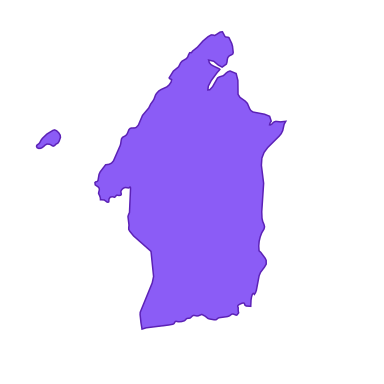 Johor, orthographic projection, rotated 242°
{"feature_id": "MYS-1143", "entity_name": "Johor", "entity_type": "State", "adm_level": 1, "iso_a3": "MYS", "parent_name": "Malaysia", "parent_adm1": "", "projection": "orthographic", "projection_center": [103.469, 2.081], "detail": "fine", "context": "isolated", "style": "filled", "palette": "violet", "viewbox_px": 384, "rotation_deg": 242, "n_neighbors": 0, "source": "natural_earth", "source_scale": "10m", "svg_char_len": 4132}
<svg xmlns="http://www.w3.org/2000/svg" viewBox="0 0 384 384"><g transform="rotate(242 192 192)"><path d="M228.1,107.5L229.8,108.3L232.0,108.7L234.5,108.8L235.3,109.3L237.4,111.2L238.9,111.8L240.3,111.6L243.7,109.9L245.9,110.7L246.2,111.7L245.8,113.0L246.2,114.3L251.2,118.2L252.9,120.4L256.6,128.5L255.4,131.8L255.3,134.5L256.3,137.2L266.8,150.5L268.1,151.7L271.2,154.0L272.2,154.9L272.9,156.4L272.9,159.3L273.2,160.9L274.1,162.5L276.7,165.6L277.2,167.3L276.9,168.6L275.5,171.4L275.2,173.1L276.2,176.0L282.9,184.3L286.5,193.3L289.1,196.9L290.8,200.4L291.8,202.0L294.8,205.4L295.7,207.0L296.8,210.1L297.0,212.9L296.6,219.1L297.3,222.1L298.9,225.2L300.9,226.8L302.6,225.4L303.5,225.4L307.5,232.3L308.8,238.9L311.4,242.6L312.2,244.7L312.4,249.6L313.2,251.6L314.9,253.5L316.1,255.4L315.3,256.9L316.2,258.8L317.3,264.8L320.2,272.6L321.6,279.1L321.7,282.7L320.7,284.3L319.5,285.6L320.0,291.9L319.2,294.1L313.8,294.1L313.1,294.5L311.6,296.6L310.9,297.1L304.5,296.8L301.7,296.2L295.9,293.9L294.8,292.9L294.6,291.5L294.7,288.8L293.9,286.7L292.2,285.2L290.3,283.9L288.8,282.4L288.1,277.2L291.9,274.7L297.2,272.6L300.7,268.6L298.0,268.0L295.5,268.6L293.1,270.1L288.3,273.7L287.2,274.2L286.7,273.2L285.8,270.6L281.3,261.2L277.9,256.2L274.7,253.9L273.9,255.7L275.3,259.6L280.7,268.1L280.8,270.1L280.0,274.1L280.4,276.0L281.0,278.0L281.3,280.2L281.0,282.4L275.9,286.6L269.0,284.9L256.6,278.5L253.0,278.8L247.2,281.7L244.2,282.5L238.5,282.0L236.3,282.2L234.0,283.4L226.6,292.6L222.4,296.1L217.3,295.2L217.0,294.5L216.0,293.0L214.9,292.0L214.4,292.7L214.5,294.3L215.2,296.4L215.3,297.6L215.0,299.2L212.4,303.0L210.4,308.0L208.6,305.2L203.6,300.9L201.6,298.1L200.4,295.2L195.7,279.7L193.1,274.2L189.1,269.6L183.0,265.8L166.0,259.3L141.8,244.3L136.0,241.5L132.8,240.6L129.5,240.3L127.2,239.7L125.5,238.2L123.2,234.4L120.4,231.2L117.0,228.2L113.0,225.6L108.6,223.6L106.3,224.4L99.2,225.5L96.8,225.4L93.5,223.7L91.7,220.8L88.9,214.8L86.6,212.0L74.9,202.6L73.3,200.8L72.3,199.0L73.5,198.8L73.7,198.3L73.4,197.7L73.2,197.1L71.4,195.3L68.9,193.4L63.5,190.2L65.9,186.3L67.3,185.6L68.9,185.9L69.4,185.8L69.9,185.2L70.3,184.0L70.5,181.1L70.4,179.9L70.1,179.1L69.8,178.8L69.3,178.6L68.2,178.5L67.7,178.3L67.0,177.8L64.8,176.8L63.8,176.6L63.4,176.4L63.2,176.0L62.8,175.1L62.4,174.3L62.3,173.8L62.5,173.2L64.9,171.1L65.1,170.7L65.4,170.1L65.4,169.1L65.3,168.4L65.1,167.3L65.1,166.8L65.1,166.2L65.4,164.7L68.2,157.1L68.4,156.1L68.3,155.5L68.0,154.0L67.9,153.5L68.2,152.6L68.9,151.4L71.8,147.7L72.9,146.7L76.2,145.3L79.3,143.2L79.7,139.5L80.2,138.2L81.9,136.1L82.3,135.4L82.4,134.7L82.4,134.2L82.0,132.9L81.6,131.2L81.8,130.5L82.5,128.8L82.7,128.1L82.5,126.9L82.2,126.3L82.0,125.5L81.9,124.8L82.2,123.2L82.5,121.9L83.4,119.9L83.8,119.1L84.3,118.4L85.2,117.4L85.4,117.0L85.4,116.4L85.0,115.5L84.3,114.4L84.2,113.5L84.3,112.8L85.5,109.0L93.6,87.8L94.4,83.5L100.6,85.6L108.1,88.6L110.1,89.8L130.4,114.2L135.4,118.4L158.0,127.6L158.7,127.8L159.2,127.8L180.6,119.8L186.7,118.6L188.7,118.6L190.4,119.5L192.3,120.8L200.3,123.9L201.0,124.5L202.2,125.8L203.0,126.9L203.3,127.2L223.8,139.3L225.0,139.8L225.5,139.6L225.4,139.0L225.3,138.4L225.3,138.1L225.4,137.8L225.7,137.4L227.2,135.4L227.3,134.9L227.5,134.4L227.5,133.4L227.5,132.8L227.3,131.9L227.0,131.1L226.6,130.3L225.9,129.5L225.4,129.2L225.0,129.1L223.7,128.7L223.3,128.5L222.9,128.2L222.7,127.8L222.7,127.6L222.7,127.3L222.8,127.0L223.1,126.1L223.4,125.6L224.3,124.5L224.4,124.3L224.5,124.0L224.5,123.7L223.8,121.9L223.7,121.3L223.8,120.9L224.2,120.6L224.7,120.1L224.9,119.9L225.3,119.2L225.4,118.8L225.7,117.9L225.8,117.4L225.7,117.1L225.4,116.5L225.1,116.0L224.8,115.5L224.4,115.2L224.1,114.9L222.9,114.3L222.7,114.1L222.3,113.7L222.4,113.1L222.9,112.3L226.1,110.8L226.3,110.5L227.6,108.5L228.1,107.5ZM311.3,91.1L311.7,98.2L311.3,99.9L309.6,101.2L306.9,102.1L304.1,102.3L302.0,101.5L299.3,98.6L298.2,96.8L298.1,95.6L298.2,94.8L297.5,92.4L297.6,91.1L298.3,90.4L300.1,89.4L301.0,88.7L302.4,86.5L302.4,84.4L301.8,82.3L301.5,79.9L301.8,78.4L302.6,76.9L303.9,76.0L305.4,76.2L306.1,76.9L306.3,77.7L306.5,79.4L306.9,80.5L308.7,83.2L309.6,85.1L311.3,91.1Z" fill="#8b5cf6" stroke="#5b21b6" stroke-width="1.5"/></g></svg>